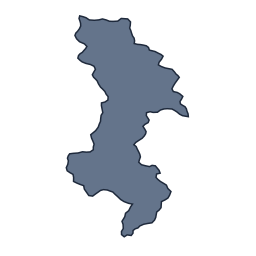 Maria da Fé, Minas Gerais, Brazil (Equal Earth projection), rotated 94°
{"feature_id": "56859067B31532504682231", "entity_name": "Maria da Fé", "entity_type": "district", "adm_level": 2, "iso_a3": "BRA", "parent_name": "Brazil", "parent_adm1": "Minas Gerais", "projection": "equal_earth", "projection_center": [-45.308, -22.318], "detail": "fine", "context": "isolated", "style": "filled", "palette": "slate", "viewbox_px": 256, "rotation_deg": 94, "n_neighbors": 0, "source": "geoboundaries", "source_scale": "gbopen_adm2", "svg_char_len": 2805}
<svg xmlns="http://www.w3.org/2000/svg" viewBox="0 0 256 256"><g transform="rotate(94 128 128)"><path d="M73.9,80.4L72.2,81.9L70.8,83.9L69.0,85.4L66.4,88.1L65.5,95.2L64.3,99.2L62.9,102.1L60.3,101.6L57.1,99.4L53.9,98.0L52.3,100.3L51.3,102.9L49.8,106.4L48.8,112.1L46.2,113.2L44.7,115.5L44.2,118.6L43.9,121.6L43.9,124.5L43.3,127.7L40.6,127.5L37.9,128.2L36.0,129.8L33.3,131.0L30.4,132.1L28.2,133.3L25.3,132.9L22.0,132.9L19.2,135.9L19.2,142.4L22.1,145.7L22.7,150.5L22.8,153.9L21.7,157.4L21.0,161.1L22.2,164.7L22.9,169.1L22.9,174.1L20.9,177.6L20.1,180.6L19.5,184.0L22.2,184.5L24.9,183.3L26.9,182.6L29.6,182.3L32.6,183.5L35.1,185.1L37.0,186.7L39.4,187.4L42.6,185.5L45.3,182.4L47.1,177.3L49.5,174.7L51.7,175.8L53.9,177.5L55.8,178.9L57.2,180.9L59.1,182.4L61.8,182.9L63.8,180.6L65.2,178.5L66.5,174.6L67.3,169.8L68.8,166.2L71.7,164.6L74.5,166.0L77.4,167.3L79.7,165.9L81.4,163.9L83.1,162.1L86.1,160.5L89.2,158.2L90.9,156.1L93.2,153.6L95.9,152.1L98.1,150.0L101.5,150.0L103.7,152.8L104.8,156.2L107.4,156.1L110.8,155.2L114.5,154.2L117.2,155.7L120.5,155.9L123.3,155.9L126.0,156.9L129.3,157.8L132.9,160.1L135.2,162.5L137.3,164.7L140.5,163.7L143.9,161.9L146.5,160.7L149.4,161.3L152.1,161.1L154.5,164.1L155.0,167.8L154.9,171.8L156.4,176.0L157.1,180.9L157.8,184.4L159.8,185.6L162.3,186.3L164.9,185.2L168.4,185.5L171.9,186.8L174.9,185.7L176.7,182.6L178.1,179.6L181.1,178.8L185.1,178.6L186.5,175.2L187.6,171.9L188.6,168.2L192.0,167.3L195.1,164.8L198.1,162.4L198.4,158.5L195.9,155.6L194.3,153.6L192.2,151.1L191.2,148.2L191.3,144.3L192.2,141.4L192.9,138.7L195.0,136.3L197.1,133.6L199.8,130.4L201.7,126.8L203.1,122.2L203.6,118.2L206.5,119.9L210.4,121.5L213.2,124.5L216.7,125.0L219.1,126.2L221.5,127.5L224.5,126.2L228.6,125.7L231.7,127.3L234.8,127.0L236.8,124.2L234.7,121.4L235.0,117.3L232.6,115.7L229.9,115.8L228.0,113.7L227.0,111.1L224.9,109.4L222.9,105.6L221.9,101.9L220.9,97.5L218.0,95.1L215.3,94.1L212.4,93.8L209.8,93.5L207.8,91.3L205.2,89.5L202.4,89.5L199.1,89.5L197.1,86.0L195.1,83.3L192.3,81.9L188.4,80.7L185.5,84.1L182.3,85.7L180.7,88.7L179.1,91.9L177.0,94.9L175.3,96.6L171.9,96.3L170.8,92.8L168.0,94.1L165.7,96.3L163.8,98.1L163.6,101.4L165.0,103.8L164.5,107.7L163.7,112.0L161.4,114.9L158.9,114.4L156.0,113.6L153.4,114.4L151.2,115.6L148.4,117.3L145.9,118.6L144.3,121.0L141.9,119.3L139.5,116.2L137.3,113.2L134.8,111.2L132.5,110.0L130.4,109.7L128.1,111.1L125.3,113.2L123.2,111.4L121.2,108.3L118.6,107.5L116.4,109.1L114.4,110.6L111.4,110.6L110.2,107.1L110.7,104.0L110.2,99.7L107.8,96.9L106.5,93.5L106.0,90.1L106.0,85.4L107.4,82.4L108.7,80.1L110.6,77.5L111.9,74.5L112.2,71.6L112.5,68.6L109.6,69.1L107.0,70.4L104.8,71.1L102.8,72.6L101.6,75.1L100.3,77.4L98.0,78.0L95.4,76.6L92.7,75.5L90.3,78.7L89.1,81.4L88.5,85.3L85.9,86.9L83.3,85.9L80.0,84.2L76.8,82.2L73.9,80.4Z" fill="#64748b" stroke="#1e293b" stroke-width="1.5"/></g></svg>